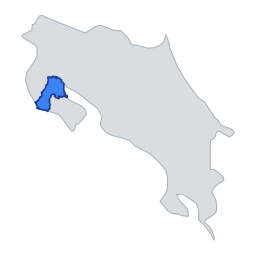 location of Nicoya, Guanacaste, Costa Rica
{"feature_id": "36466004B54508558874137", "entity_name": "Nicoya", "entity_type": "district", "adm_level": 2, "iso_a3": "CRI", "parent_name": "Costa Rica", "parent_adm1": "Guanacaste", "projection": "robinson", "projection_center": [-85.463, 10.103], "detail": "fine", "context": "in_parent", "style": "filled", "palette": "blue", "viewbox_px": 256, "rotation_deg": 0, "n_neighbors": 0, "source": "geoboundaries", "source_scale": "gbopen_adm2", "svg_char_len": 5991}
<svg xmlns="http://www.w3.org/2000/svg" viewBox="0 0 256 256"><path d="M234.2,131.9L233.9,133.2L232.8,134.6L231.2,136.0L229.1,137.0L224.1,134.1L219.1,130.8L216.4,132.3L215.4,136.6L213.6,138.8L211.3,139.6L210.3,141.1L210.2,155.5L210.3,169.2L214.1,169.5L220.3,174.2L223.0,177.0L223.9,179.6L223.1,180.8L218.5,183.8L214.1,187.6L211.9,192.3L215.8,199.9L216.6,205.0L216.5,210.4L215.4,213.0L206.8,219.2L204.9,221.3L205.1,222.9L209.9,227.2L212.2,231.3L214.1,236.3L214.3,240.6L210.0,232.6L204.0,225.0L198.8,220.2L198.4,209.2L196.3,203.3L188.4,197.8L181.7,193.9L176.7,194.7L179.8,201.0L187.7,209.1L188.2,212.2L188.1,216.4L182.7,215.8L177.9,214.1L172.0,213.5L168.2,211.0L159.9,201.4L165.8,193.1L167.6,187.7L167.4,176.4L166.0,171.0L159.7,162.7L149.6,153.5L135.5,146.1L128.8,140.1L112.3,135.5L106.0,132.5L101.1,126.8L100.4,122.7L102.1,116.5L97.5,108.5L77.8,92.9L66.8,87.2L64.5,83.8L62.7,82.7L64.4,93.5L69.2,100.0L81.8,106.1L85.2,109.6L86.6,114.2L79.3,123.0L75.6,125.2L74.5,130.0L72.2,131.5L69.6,128.7L59.4,114.9L39.7,108.3L36.2,104.3L28.8,91.7L25.5,80.2L26.7,72.5L34.8,60.6L37.3,55.4L36.8,52.2L37.1,47.5L34.0,44.2L26.5,39.9L21.8,36.4L23.1,34.7L31.7,30.1L32.2,25.9L32.2,24.6L33.6,24.3L34.8,23.2L35.6,22.0L37.9,18.0L40.0,15.7L42.3,15.4L45.2,17.0L56.0,21.4L68.0,26.2L85.2,33.0L92.2,28.6L98.3,25.3L102.6,25.8L111.8,29.6L117.3,30.9L120.7,30.5L126.6,36.2L129.8,40.5L130.4,43.4L132.2,44.9L136.8,45.2L148.0,48.2L154.8,47.6L161.1,44.5L164.5,40.8L165.6,35.0L167.1,37.9L169.0,42.4L169.8,48.2L177.9,67.6L184.4,78.5L198.5,98.3L204.6,101.9L215.0,117.8L218.5,120.5L220.6,125.1L231.3,129.0L234.2,131.9Z" fill="#d9dde1" stroke="#a8b0b8" stroke-width="1"/><path d="M63.7,83.4L63.4,83.0L63.3,82.9L63.0,82.6L62.3,82.1L61.7,82.0L61.4,81.7L61.4,81.0L61.5,80.7L61.7,80.3L61.7,80.1L60.9,79.6L60.4,79.4L59.8,78.3L58.4,77.9L57.3,77.9L57.2,78.0L57.0,78.4L56.8,78.4L56.7,78.4L56.6,78.0L56.5,77.9L56.4,77.9L56.0,77.9L55.6,77.7L55.5,77.3L55.6,77.2L55.8,77.6L56.0,77.1L55.8,76.9L56.2,76.7L55.5,76.6L55.3,76.9L55.0,76.9L54.9,76.9L54.6,76.8L54.1,76.9L54.0,76.7L53.7,76.6L53.6,76.2L53.2,76.3L52.6,76.4L52.6,76.6L52.4,76.8L52.3,77.0L52.3,77.4L52.2,77.4L51.9,77.3L51.7,76.9L51.5,77.1L51.4,77.1L51.4,77.3L51.5,77.4L51.5,77.5L51.4,77.5L51.2,77.7L51.1,77.8L50.9,77.6L50.7,77.6L50.6,77.3L50.2,77.3L50.1,77.2L49.8,77.1L49.7,77.0L49.2,77.0L49.0,76.9L48.7,76.9L48.5,77.0L48.1,77.2L47.8,77.2L47.7,77.4L47.8,77.7L47.9,77.9L48.1,78.1L48.1,78.3L48.0,78.6L48.0,79.1L48.1,79.5L48.3,79.8L48.3,80.1L48.3,80.3L47.9,81.4L47.9,81.7L47.8,82.5L47.7,82.6L47.5,82.8L47.4,83.1L47.4,83.5L47.7,84.0L47.6,84.4L47.1,84.5L46.9,84.6L46.7,84.7L46.0,85.3L46.0,85.7L46.0,85.9L46.0,86.3L45.8,86.6L45.6,87.2L45.5,87.4L45.5,87.9L45.4,88.1L45.0,88.5L44.9,88.9L44.7,89.1L44.6,89.3L44.4,89.4L44.4,89.6L44.2,89.6L44.0,89.8L43.7,90.2L43.6,90.3L43.6,90.5L43.4,90.5L42.7,91.3L42.6,91.5L42.3,91.6L42.3,92.0L42.0,92.0L41.5,92.5L41.4,92.9L41.4,93.0L41.5,93.5L41.8,93.5L41.9,93.8L41.9,94.0L42.0,94.4L42.0,94.9L41.9,95.1L42.0,95.4L41.9,95.5L41.7,95.5L41.6,95.8L41.7,96.0L41.8,96.1L41.8,96.3L41.6,96.3L41.5,96.6L41.3,96.5L41.0,96.6L40.8,96.7L40.8,97.2L40.6,97.3L40.3,97.3L40.0,97.1L39.9,97.1L39.8,97.5L39.6,97.8L39.6,98.0L39.6,98.3L39.5,98.6L39.4,98.7L39.1,99.1L39.0,99.3L38.9,99.8L38.8,100.0L38.5,100.1L38.2,100.4L37.7,100.5L37.5,100.4L37.4,100.5L37.4,100.8L37.3,101.3L37.1,101.3L37.0,101.5L36.9,101.6L36.8,102.1L36.7,102.4L36.4,102.4L35.6,101.9L35.2,102.3L35.7,103.0L35.8,103.3L36.1,103.6L36.2,103.9L36.2,104.1L36.5,104.6L36.5,104.9L36.4,104.9L36.4,105.0L36.5,105.1L37.0,105.8L37.3,106.7L37.3,107.6L37.3,107.8L37.1,107.9L36.9,108.0L37.0,108.3L37.4,108.3L37.7,108.4L38.0,108.7L38.1,108.3L38.0,108.2L38.3,108.0L38.8,108.0L39.2,108.2L39.2,108.3L39.5,108.7L39.4,108.8L39.6,109.1L39.8,109.0L40.1,109.1L40.7,109.3L40.8,109.4L41.1,109.4L41.4,109.2L41.6,109.2L41.7,109.3L41.7,109.5L41.9,109.6L42.0,109.8L42.8,109.9L43.0,110.0L43.3,110.2L43.5,110.0L44.0,110.0L44.4,110.1L44.7,110.4L45.0,110.4L45.5,110.4L45.7,110.2L46.0,110.0L46.5,110.0L46.8,110.3L47.1,110.7L47.2,110.8L47.0,111.1L47.1,111.4L47.3,111.4L47.5,111.1L47.8,111.0L47.7,110.9L48.0,110.6L48.0,110.4L48.0,110.2L48.5,109.9L48.5,109.7L48.6,109.3L48.9,109.4L49.1,109.5L49.3,109.5L49.4,109.3L49.6,109.2L49.8,108.7L49.9,108.3L49.8,107.9L49.8,107.4L49.7,107.3L49.5,107.1L49.4,106.9L49.4,106.6L49.7,106.2L49.8,106.0L49.8,105.5L50.0,105.4L50.0,105.2L50.2,104.8L50.0,104.6L50.0,104.4L50.0,104.2L50.0,103.5L49.8,103.3L49.8,102.9L49.5,102.5L49.5,102.3L49.3,101.9L49.7,101.4L49.7,101.2L49.4,100.8L49.5,100.4L49.4,100.0L49.3,99.9L49.3,99.6L49.5,99.1L50.0,98.7L50.0,98.2L50.1,97.8L50.2,97.6L50.3,97.4L50.6,97.3L50.7,97.0L50.8,96.9L51.0,96.6L51.0,96.2L50.8,95.9L50.9,95.2L51.2,95.0L51.5,94.7L51.8,94.7L52.2,94.4L52.3,94.2L52.5,94.1L52.9,94.3L53.0,94.2L53.5,94.2L53.9,94.4L54.0,94.5L54.4,94.6L54.6,94.6L54.6,94.8L54.9,95.0L55.0,95.1L54.9,95.3L54.7,95.2L54.6,95.3L55.0,95.6L55.1,95.8L55.4,96.0L55.2,96.2L55.1,96.3L54.8,96.3L54.7,96.4L55.1,96.7L55.6,97.4L56.0,97.8L56.6,97.9L57.1,97.9L57.4,98.1L57.6,98.1L57.9,98.2L57.9,98.4L58.2,98.4L58.4,98.6L59.0,98.5L59.0,98.3L59.3,98.1L59.3,97.9L59.0,97.5L59.0,97.4L59.1,97.2L59.0,96.9L58.9,96.7L58.7,96.5L58.8,96.2L59.1,96.1L59.3,96.1L59.7,96.1L59.8,96.2L59.8,96.3L60.2,96.3L60.3,96.3L60.4,96.5L60.6,96.8L60.7,96.7L61.1,96.9L61.3,96.9L61.3,96.7L61.8,96.6L61.9,96.9L62.1,96.8L62.2,97.1L62.3,97.1L62.6,97.0L62.8,97.0L63.0,96.8L63.2,96.7L63.3,96.6L63.3,96.4L63.4,96.2L63.5,96.1L63.7,95.9L63.8,95.9L63.9,96.0L64.2,95.9L64.4,95.9L64.5,96.0L64.7,96.4L65.2,96.8L65.7,97.0L65.8,97.3L66.1,97.3L66.4,97.4L66.6,97.3L67.0,97.3L67.4,97.2L67.4,96.9L67.3,96.7L67.3,96.0L67.0,95.3L66.9,95.2L66.7,95.3L66.4,95.2L66.0,95.0L65.4,94.7L65.2,94.6L64.9,94.4L64.8,94.1L64.4,93.7L64.4,93.4L64.3,93.0L64.2,92.5L64.3,92.0L64.6,92.4L64.9,92.5L64.8,92.3L64.7,92.2L64.4,91.8L64.1,91.0L63.9,90.8L64.0,90.6L63.9,90.1L63.8,89.9L63.8,89.6L63.8,89.1L63.7,88.8L63.7,88.5L63.8,88.1L63.8,87.8L63.9,87.5L64.0,87.0L64.0,86.8L63.8,86.3L63.8,85.9L63.9,85.2L64.1,85.0L64.1,84.8L63.9,84.2L63.7,83.4Z" fill="#3b82f6" stroke="#1e3a8a" stroke-width="1.5"/></svg>